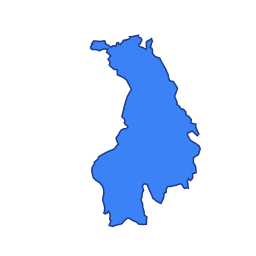 the district of Peristerona Pafou, Paphos, Cyprus, rotated 330°
{"feature_id": "46923920B18196113028604", "entity_name": "Peristerona Pafou", "entity_type": "district", "adm_level": 2, "iso_a3": "CYP", "parent_name": "Cyprus", "parent_adm1": "Paphos", "projection": "natural_earth1", "projection_center": [32.486, 34.995], "detail": "fine", "context": "isolated", "style": "filled", "palette": "blue", "viewbox_px": 256, "rotation_deg": 330, "n_neighbors": 0, "source": "geoboundaries", "source_scale": "gbopen_adm2", "svg_char_len": 3178}
<svg xmlns="http://www.w3.org/2000/svg" viewBox="0 0 256 256"><g transform="rotate(330 128 128)"><path d="M135.5,40.0L136.1,42.0L138.0,43.2L140.5,44.9L141.7,46.8L144.4,47.1L146.1,47.4L149.9,49.4L147.3,51.8L148.2,53.7L149.0,57.1L147.6,57.4L145.0,58.6L145.4,61.0L144.8,62.8L143.4,63.7L143.5,65.8L144.4,67.7L145.0,70.0L147.8,72.2L145.4,76.6L149.0,81.6L150.7,85.6L150.4,96.0L142.7,100.7L136.5,106.5L128.3,115.2L128.7,116.7L129.4,118.7L128.8,120.5L127.3,121.6L127.6,124.1L128.4,125.3L128.4,127.1L127.3,127.3L125.9,127.8L124.4,126.7L122.6,126.4L120.2,126.6L116.2,129.2L112.9,130.4L112.0,132.7L111.8,135.8L111.5,137.3L110.3,137.4L107.8,138.3L106.4,139.2L103.0,139.0L98.8,138.4L94.6,138.2L91.7,138.2L88.3,138.2L86.3,139.9L81.8,140.7L80.8,142.4L77.0,144.4L75.5,146.5L74.4,149.1L73.1,153.9L74.3,157.9L76.0,160.9L76.8,165.2L76.4,168.2L74.8,171.9L73.2,173.9L71.0,176.3L69.8,178.6L69.1,182.0L67.8,185.8L66.3,187.8L66.3,188.4L64.5,189.3L65.2,190.9L67.2,191.3L69.4,190.4L69.4,193.0L68.8,194.8L67.4,196.8L66.4,198.0L66.7,200.0L62.9,202.9L65.6,205.6L68.5,206.0L74.9,207.9L78.1,206.6L81.8,205.8L84.1,206.8L85.7,210.3L88.2,213.4L89.3,216.7L93.3,219.5L94.9,220.1L95.8,220.5L96.1,220.0L97.8,217.3L99.8,214.5L98.7,211.3L100.3,207.9L101.1,204.0L102.6,201.3L103.4,196.6L105.5,194.8L107.7,191.5L110.3,189.9L111.4,185.4L114.2,184.4L116.3,186.4L115.4,193.0L115.0,197.9L114.4,201.1L116.2,205.9L118.7,209.8L122.5,207.4L124.8,205.3L126.3,202.7L128.9,202.8L130.8,199.8L133.5,198.5L134.9,199.7L139.1,201.0L141.1,201.7L145.1,202.3L146.4,203.8L146.4,207.5L147.0,208.7L149.4,209.4L150.2,210.3L152.6,204.3L155.0,202.0L155.8,204.7L158.2,204.1L159.7,202.7L161.0,199.8L164.2,200.9L165.4,199.7L165.9,198.2L166.1,197.6L167.4,194.7L167.3,190.6L168.5,188.8L169.9,186.4L175.7,186.2L180.2,182.0L180.6,179.3L178.9,175.3L176.0,170.1L175.9,168.1L175.9,164.0L177.1,162.2L182.2,162.9L184.0,169.3L186.3,168.7L186.7,163.7L187.4,160.2L188.7,158.7L184.8,154.9L187.1,152.4L186.4,148.1L185.3,147.2L185.1,145.0L186.1,143.2L185.6,140.5L185.3,139.2L183.4,138.4L183.4,136.3L183.4,134.7L182.0,131.9L183.2,130.8L184.2,123.8L187.9,120.9L190.7,118.3L190.7,114.4L190.5,110.5L187.6,107.8L188.4,104.3L189.5,101.7L189.7,98.6L190.1,96.0L190.1,88.1L190.4,83.4L187.1,79.5L186.5,75.6L188.2,72.6L188.5,70.7L187.4,69.5L187.3,69.1L188.0,68.8L188.8,68.5L189.2,68.1L189.6,67.7L189.7,67.3L190.3,66.7L192.6,65.0L192.5,64.6L192.6,64.1L192.8,63.1L193.1,62.4L192.4,62.3L190.7,62.5L189.4,62.7L188.8,62.3L187.3,62.7L186.3,63.2L185.8,64.8L184.9,65.8L184.5,67.5L183.1,69.0L182.8,68.2L181.9,67.3L181.2,65.9L178.6,63.1L178.6,61.9L178.9,61.1L180.3,61.3L181.1,60.9L181.6,60.3L183.0,59.5L184.0,58.6L184.2,57.9L184.3,56.9L184.1,56.4L183.0,55.6L182.7,54.0L183.5,53.0L180.3,51.8L179.0,51.5L177.7,51.1L175.2,49.9L175.4,50.6L174.6,51.0L173.8,51.5L173.1,51.3L172.0,51.1L170.3,50.6L169.9,51.1L168.6,49.8L167.2,50.0L166.7,50.8L164.2,51.3L163.1,52.0L162.8,51.2L162.1,50.7L162.3,50.0L162.3,49.1L161.8,48.9L160.6,48.8L158.5,51.1L156.3,49.3L153.4,49.4L152.9,47.8L152.2,46.3L150.7,43.8L151.0,42.7L151.5,41.2L150.7,40.4L148.2,39.7L145.5,38.0L144.1,36.9L142.9,36.2L141.8,35.5L138.5,37.0L138.9,37.8L136.3,39.0L135.5,40.0Z" fill="#3b82f6" stroke="#1e3a8a" stroke-width="1.5"/></g></svg>